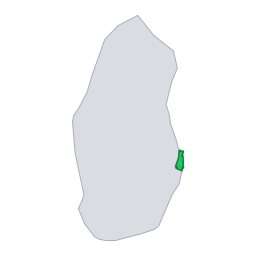 90, Al Wakrah, Qatar shown in context
{"feature_id": "91078587B10284648984722", "entity_name": "90", "entity_type": "district", "adm_level": 2, "iso_a3": "QAT", "parent_name": "Qatar", "parent_adm1": "Al Wakrah", "projection": "orthographic", "projection_center": [51.614, 25.13], "detail": "fine", "context": "in_parent", "style": "filled", "palette": "green", "viewbox_px": 256, "rotation_deg": 0, "n_neighbors": 0, "source": "geoboundaries", "source_scale": "gbopen_adm2", "svg_char_len": 2153}
<svg xmlns="http://www.w3.org/2000/svg" viewBox="0 0 256 256"><path d="M138.0,234.7L126.3,237.5L115.4,240.6L106.3,240.5L99.0,239.3L94.1,236.2L84.8,224.2L78.3,208.6L82.4,199.9L83.9,194.5L75.2,153.5L72.5,122.0L73.6,115.6L78.7,108.2L87.2,91.8L91.8,76.1L104.7,39.6L118.1,25.6L137.8,15.4L153.9,35.6L173.5,51.0L177.3,68.2L171.5,82.2L166.1,104.6L169.3,114.8L170.5,123.7L175.8,138.7L181.0,158.0L181.9,171.5L179.1,184.0L172.2,194.5L158.6,226.1L154.5,229.3L138.0,234.7Z" fill="#d9dde1" stroke="#a8b0b8" stroke-width="1"/><path d="M175.4,166.8L175.6,166.8L177.2,166.8L176.3,168.4L182.4,171.0L182.3,170.9L182.2,170.4L182.1,170.2L182.0,169.9L182.0,169.4L182.1,169.2L182.3,168.9L182.5,168.5L182.5,168.4L182.6,168.2L182.5,168.3L182.4,168.4L182.3,168.6L182.3,168.8L182.2,168.8L182.1,169.0L182.0,168.9L182.1,168.6L182.4,167.9L182.4,167.7L182.5,167.7L182.7,167.0L182.8,166.9L182.9,166.7L183.0,166.6L183.2,166.3L183.2,166.2L183.3,166.5L183.4,167.1L183.2,167.7L183.2,167.8L182.9,168.0L182.8,168.3L182.7,168.3L182.8,168.5L182.9,168.4L182.9,168.2L183.0,168.1L183.3,167.8L183.3,167.7L183.4,167.3L183.4,167.1L183.5,167.1L183.5,166.9L183.4,166.6L183.4,166.4L183.4,166.1L183.5,166.0L183.5,165.9L183.4,165.6L183.3,165.3L183.3,165.2L183.2,164.9L183.1,164.3L183.2,163.9L183.2,163.6L183.3,163.6L183.3,162.6L183.3,162.3L183.3,162.0L183.3,161.9L183.3,161.7L183.3,161.4L183.3,161.2L183.2,160.9L183.3,160.8L183.2,160.7L183.1,160.3L183.1,160.1L183.1,159.9L183.1,159.6L183.1,159.4L183.2,159.2L183.3,159.1L183.4,158.8L183.4,158.6L183.4,158.4L183.4,158.2L183.2,157.9L183.1,157.7L182.9,157.4L182.8,157.2L182.7,157.1L182.6,156.9L182.4,156.7L182.3,156.4L182.2,156.3L182.2,156.2L182.3,156.2L182.2,156.1L182.1,155.7L182.4,155.6L182.5,155.6L182.4,155.6L182.5,155.5L183.1,155.9L183.1,156.2L183.1,155.9L182.2,155.2L182.2,154.9L182.2,154.6L182.3,154.6L182.3,154.4L182.6,154.0L182.8,153.9L182.8,153.7L183.0,153.7L182.8,153.6L182.9,153.1L183.0,153.0L183.1,152.9L183.0,152.7L183.2,152.4L183.3,152.3L183.4,152.2L183.4,151.9L183.3,151.6L183.3,151.4L183.3,151.2L181.1,151.0L180.6,151.3L180.0,150.5L179.9,150.1L179.1,150.7L178.6,157.6L175.4,166.8Z" fill="#22c55e" stroke="#15803d" stroke-width="1.5"/></svg>